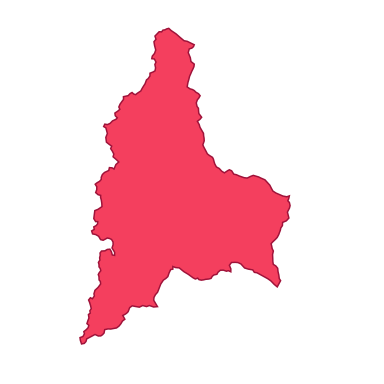 Morretes, Paraná, Brazil, rotated 5°
{"feature_id": "56859067B69692518230382", "entity_name": "Morretes", "entity_type": "district", "adm_level": 2, "iso_a3": "BRA", "parent_name": "Brazil", "parent_adm1": "Paraná", "projection": "orthographic", "projection_center": [-48.868, -25.508], "detail": "fine", "context": "isolated", "style": "filled", "palette": "rose", "viewbox_px": 384, "rotation_deg": 5, "n_neighbors": 0, "source": "geoboundaries", "source_scale": "gbopen_adm2", "svg_char_len": 4233}
<svg xmlns="http://www.w3.org/2000/svg" viewBox="0 0 384 384"><g transform="rotate(5 192 192)"><path d="M181.4,45.1L178.2,43.9L174.1,42.3L170.9,42.0L166.6,39.0L162.4,35.9L157.2,33.0L154.6,31.0L152.6,31.7L150.9,32.8L148.9,33.3L147.8,35.1L145.3,35.2L141.5,39.9L142.8,43.0L141.0,45.6L141.9,49.2L143.5,53.7L142.6,57.2L140.6,60.1L140.3,62.7L142.9,62.8L144.8,65.7L143.9,68.2L144.9,71.5L144.6,74.5L142.8,75.8L139.8,77.3L140.0,80.1L138.4,82.9L136.9,84.3L135.8,88.3L134.3,91.1L133.2,93.4L132.2,95.8L128.8,98.5L127.4,99.9L125.4,99.5L123.6,98.1L121.8,99.3L120.0,101.6L115.4,103.0L115.7,105.7L114.1,108.3L112.7,110.7L111.7,113.7L112.9,115.9L110.9,118.0L108.3,120.1L108.9,122.7L111.1,124.6L109.9,126.2L106.6,128.1L104.4,130.8L101.9,132.2L99.2,132.0L98.3,134.5L100.6,135.6L102.6,141.1L101.4,145.1L102.4,149.8L105.1,151.6L108.0,153.3L107.2,155.9L108.9,158.0L110.8,161.0L110.3,163.8L112.8,165.6L114.4,166.8L116.4,168.5L113.8,171.3L112.3,175.9L110.3,174.9L107.6,174.9L107.2,177.8L103.1,180.2L101.2,182.4L100.3,185.3L100.5,187.4L99.0,189.4L96.7,191.0L94.9,192.7L96.7,195.1L96.9,197.9L96.1,201.0L98.7,202.9L101.3,203.3L101.4,205.4L102.3,207.8L103.1,211.0L103.6,214.4L99.8,217.5L96.8,219.0L96.6,223.7L96.5,227.1L98.6,229.9L100.7,229.7L100.7,232.1L99.3,233.9L97.2,235.3L97.9,237.8L95.4,239.5L96.6,242.4L99.8,242.8L102.8,244.2L105.1,247.4L107.7,247.8L109.9,246.4L111.6,245.2L113.9,245.5L116.0,246.3L117.7,248.7L118.0,251.4L117.2,254.7L120.2,258.8L120.4,261.9L118.1,261.7L116.9,258.5L115.2,256.1L112.6,256.6L110.4,258.2L107.0,258.7L105.7,260.8L106.1,263.1L105.7,265.6L106.2,267.8L104.9,270.3L105.7,272.5L105.9,274.7L107.3,276.3L108.0,278.4L106.7,280.3L105.8,282.4L106.7,284.4L107.1,287.7L108.5,289.1L109.0,291.6L106.7,295.3L103.9,298.4L103.2,302.0L103.8,304.1L102.1,307.0L100.0,306.2L98.4,308.6L99.7,311.1L100.8,313.9L101.8,317.0L100.6,319.2L101.2,321.5L99.5,323.1L100.3,326.5L99.4,329.6L98.8,332.3L100.8,333.7L100.4,336.1L98.8,338.2L96.4,340.5L97.2,342.7L95.9,345.5L93.1,346.8L93.7,349.5L95.2,353.0L97.9,352.2L99.4,350.2L99.9,347.5L107.8,342.4L111.2,343.6L113.7,343.3L115.3,342.0L116.7,340.1L117.0,336.7L120.3,335.7L123.0,335.6L128.7,334.0L131.0,331.9L132.6,329.5L134.0,326.6L136.2,324.6L133.8,321.0L135.5,320.0L137.4,318.5L138.8,316.8L140.0,312.6L142.4,310.6L144.9,310.9L149.6,311.3L152.8,309.4L156.7,310.1L159.4,308.8L163.8,309.9L167.6,309.2L163.3,303.2L163.3,300.4L164.5,297.5L166.4,294.9L167.2,292.3L167.9,289.8L168.9,286.4L171.2,282.2L173.3,280.6L175.3,278.4L176.2,274.7L177.5,271.1L179.6,270.6L179.4,267.9L182.3,268.7L185.9,268.7L190.9,272.1L195.6,274.4L200.4,277.3L202.9,278.4L205.2,277.3L206.6,278.7L209.0,279.0L211.2,278.5L213.2,277.8L216.4,277.2L218.5,276.4L219.6,274.1L221.1,272.7L224.0,271.8L224.8,269.8L227.0,267.5L230.0,267.1L233.2,267.9L235.1,267.2L237.6,268.1L237.4,265.2L235.6,261.7L237.5,258.8L241.1,258.3L244.0,258.3L247.0,259.4L251.0,263.1L254.7,263.9L259.3,264.3L261.1,266.6L263.8,266.8L274.9,271.7L278.2,273.6L282.0,276.9L285.2,279.1L288.0,272.6L286.5,270.7L285.7,267.1L284.6,263.7L284.0,260.5L282.0,258.4L279.3,257.0L278.6,254.3L278.2,250.9L277.7,247.3L278.2,243.7L276.8,241.4L276.1,238.9L275.3,236.6L276.5,235.0L279.4,231.7L280.8,229.9L282.1,226.9L282.7,224.6L283.3,222.6L283.6,220.1L285.0,217.6L284.9,214.4L288.5,212.5L290.8,209.5L288.8,203.7L290.5,199.5L290.9,197.0L289.9,193.9L288.2,192.4L288.9,190.4L289.3,187.4L286.9,188.5L282.9,188.1L275.7,185.7L272.5,184.0L270.7,181.3L268.9,178.4L263.6,173.5L259.1,172.0L257.1,171.2L251.6,170.1L248.9,171.4L245.8,173.3L242.7,173.2L237.9,172.0L234.7,170.9L232.1,170.6L229.6,167.4L227.3,166.6L225.6,167.7L222.6,170.1L219.8,168.7L217.1,166.2L214.1,164.9L212.2,162.0L211.3,159.8L210.5,157.5L209.4,155.7L206.0,154.0L204.0,152.7L202.1,149.7L199.7,146.0L198.7,144.1L199.7,140.0L199.3,137.2L198.7,135.0L198.3,132.5L197.0,130.7L194.3,126.8L193.3,124.2L191.2,121.1L193.7,118.8L195.1,116.7L193.4,114.8L192.0,113.3L191.5,110.8L191.1,108.0L189.6,106.4L188.5,102.9L189.3,99.7L190.5,98.0L191.7,95.4L189.9,93.5L187.1,92.2L185.5,90.8L183.6,89.9L181.0,89.4L178.0,87.7L178.4,83.2L179.0,80.3L179.5,77.0L180.4,74.4L181.3,71.6L182.2,69.4L183.0,67.0L183.1,64.4L179.6,62.1L178.6,58.3L177.2,55.6L176.1,53.5L176.8,49.7L179.3,48.7L180.8,47.1L181.4,45.1Z" fill="#f43f5e" stroke="#9f1239" stroke-width="1.5"/></g></svg>